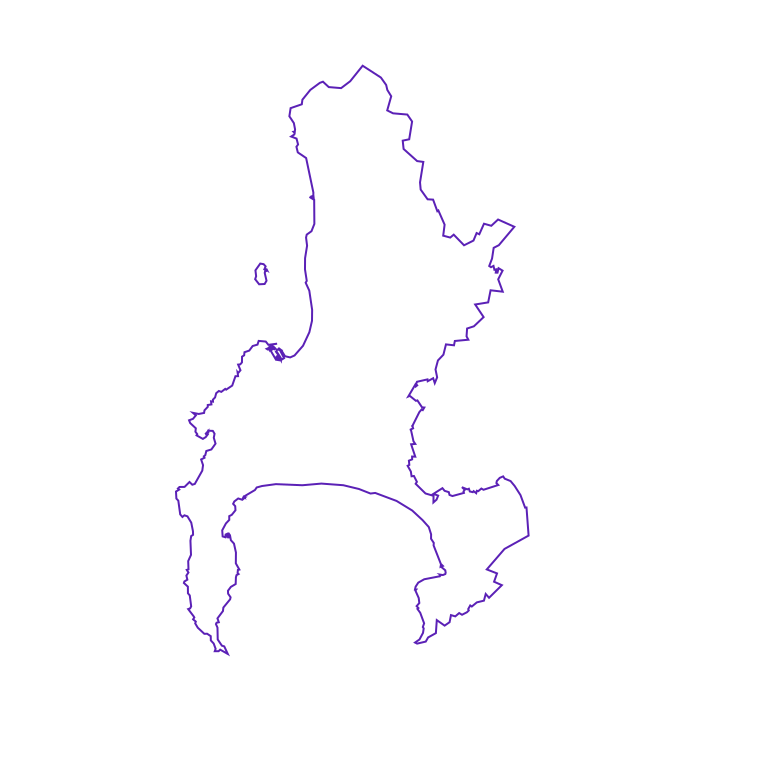 the district of City of Cape Town, Western Cape, South Africa, rotated 15°
{"feature_id": "47623444B95865124382580", "entity_name": "City of Cape Town", "entity_type": "district", "adm_level": 2, "iso_a3": "ZAF", "parent_name": "South Africa", "parent_adm1": "Western Cape", "projection": "equal_earth", "projection_center": [18.52, -33.915], "detail": "fine", "context": "isolated", "style": "outline", "palette": "violet", "viewbox_px": 768, "rotation_deg": 15, "n_neighbors": 0, "source": "geoboundaries", "source_scale": "gbopen_adm2", "svg_char_len": 6162}
<svg xmlns="http://www.w3.org/2000/svg" viewBox="0 0 768 768"><g transform="rotate(15 384 384)"><path d="M451.6,195.6L446.7,203.4L439.1,203.3L437.3,214.7L434.4,214.2L433.3,222.3L425.4,229.3L412.7,221.7L410.1,225.4L402.8,225.4L401.3,214.4L391.6,202.3L390.8,203.3L383.7,193.2L378.3,194.3L369.1,186.7L366.6,179.9L364.5,159.3L358.3,160.1L342.1,151.9L339.1,144.1L345.0,141.1L343.2,123.2L336.8,117.7L322.7,120.2L316.3,118.9L316.5,104.2L311.1,99.1L308.7,94.6L301.7,88.8L281.0,82.1L273.0,100.3L266.0,109.3L253.8,111.5L246.8,107.8L244.1,109.7L236.7,119.0L231.6,130.5L232.2,135.1L222.4,141.7L223.3,149.9L229.4,155.3L232.2,161.1L232.5,163.2L231.3,163.8L232.8,164.7L232.8,166.2L230.3,169.0L236.0,169.6L239.0,174.9L238.0,177.5L240.8,182.6L250.3,185.9L266.2,217.3L267.0,220.5L264.6,222.1L267.1,220.4L268.3,223.5L263.6,222.6L268.9,224.2L275.3,247.4L274.4,255.2L270.7,259.7L270.8,262.7L273.9,270.3L275.2,282.9L278.0,293.7L282.7,304.4L282.1,306.4L287.7,313.2L295.4,331.0L298.1,341.6L298.5,353.3L295.9,368.0L290.2,379.6L286.5,382.6L281.2,382.8L276.0,377.9L272.6,376.5L273.3,377.3L272.6,378.2L276.2,378.2L275.6,379.2L280.8,384.9L279.1,386.7L278.2,385.8L279.1,386.8L278.0,386.4L278.3,387.7L276.8,386.2L277.8,386.2L277.4,385.4L271.7,380.3L271.8,379.0L271.6,380.5L270.6,380.2L276.4,384.9L275.5,386.2L273.2,383.9L276.2,388.2L274.3,388.4L274.6,387.0L272.4,385.3L274.2,387.2L273.2,388.3L265.8,381.0L268.3,378.3L269.8,379.3L269.2,378.4L270.1,378.0L268.4,376.9L266.8,376.5L267.4,377.5L264.9,380.0L265.4,378.3L263.5,379.0L263.9,380.4L263.0,379.7L262.4,380.3L263.3,381.0L261.6,380.4L263.9,378.6L263.5,377.2L264.3,378.0L264.4,376.5L265.2,377.3L264.5,376.4L265.4,375.3L266.4,376.3L266.0,374.8L270.3,372.7L262.2,376.1L258.8,373.6L251.8,374.8L251.6,378.7L247.3,381.3L245.2,386.6L241.0,389.4L241.5,392.5L239.8,394.3L241.2,399.9L240.1,402.2L238.1,403.0L241.8,407.9L240.3,411.1L239.5,410.5L241.0,414.2L238.5,414.9L237.8,424.8L233.0,430.3L231.9,429.8L228.9,433.7L226.3,433.5L224.3,436.3L224.3,440.7L222.8,443.4L223.4,445.3L221.4,445.5L222.6,448.4L219.2,449.9L219.7,451.7L217.4,455.9L217.7,458.5L212.8,460.9L206.9,461.3L210.4,463.0L208.5,467.1L205.1,469.5L206.9,471.9L213.7,475.5L214.2,478.9L216.6,480.8L216.2,482.1L223.2,483.9L225.5,481.5L227.2,477.4L226.1,479.4L224.7,478.1L226.4,474.9L226.8,477.1L226.9,476.1L226.3,474.6L230.8,473.6L233.2,475.9L233.5,480.0L236.7,485.2L234.2,491.9L229.7,494.7L229.8,499.0L228.7,500.5L229.7,501.7L226.9,504.2L230.2,509.2L230.9,514.7L227.1,529.5L224.9,530.9L221.5,529.0L218.0,535.0L213.1,536.4L212.0,538.3L213.5,539.0L210.9,541.7L213.1,548.4L215.5,549.9L220.9,562.7L223.7,564.6L225.2,562.5L228.4,562.7L233.7,567.8L237.6,575.7L238.6,579.1L237.1,580.8L237.6,585.5L241.8,599.0L240.7,605.7L243.1,613.6L241.6,614.6L243.9,616.7L242.7,620.2L244.7,623.9L242.3,626.4L242.2,628.0L247.0,630.5L248.8,636.9L251.1,638.5L255.3,648.7L254.8,650.9L253.1,652.1L260.3,657.7L261.2,658.6L260.5,660.7L263.7,662.2L263.6,664.1L267.2,667.6L275.1,671.8L277.8,671.0L281.9,672.4L283.1,676.5L286.7,678.8L289.9,683.4L289.7,685.9L293.4,684.9L294.5,683.0L303.0,685.2L297.6,678.8L295.1,678.7L289.5,673.8L286.2,662.4L283.8,659.4L284.1,657.9L286.1,656.9L283.8,653.5L287.2,645.0L286.7,641.5L291.1,631.8L291.0,629.7L287.7,626.9L286.8,624.1L288.6,619.6L292.5,615.6L291.0,609.1L291.0,606.8L292.7,605.2L291.5,604.5L291.0,601.4L292.3,600.7L287.3,595.6L284.6,585.1L280.4,577.0L276.5,574.5L274.4,570.0L272.1,568.1L274.7,572.0L273.2,572.5L272.3,570.7L272.1,572.2L270.7,572.2L270.1,570.5L271.6,569.4L271.4,569.2L270.0,570.4L270.4,573.1L267.6,573.0L265.6,567.2L267.4,559.6L269.7,555.3L268.7,551.7L270.8,549.8L273.2,544.4L271.9,540.5L269.3,538.8L269.8,536.2L272.8,532.3L277.1,532.5L279.0,529.8L277.4,530.3L277.6,529.2L278.7,529.6L278.1,528.7L286.8,519.8L287.8,516.9L292.6,514.1L305.5,508.7L331.4,502.9L349.3,496.4L370.9,492.3L387.0,491.9L399.3,493.3L403.7,491.5L426.4,493.7L444.0,498.9L456.5,505.5L464.3,510.6L468.4,517.0L469.5,521.3L473.2,524.6L473.7,527.1L485.7,543.4L486.0,545.8L486.9,545.0L486.1,544.3L486.2,543.5L488.0,544.5L486.5,545.8L491.4,548.1L492.4,550.3L492.4,551.7L490.3,553.3L487.5,553.6L488.4,554.0L487.9,554.7L487.2,553.3L487.6,555.3L473.4,562.2L468.5,567.0L467.0,571.6L467.1,574.5L468.3,574.2L467.8,575.4L472.9,581.7L474.8,586.4L473.0,590.1L475.2,591.5L474.5,592.6L478.2,595.6L484.7,604.8L484.4,608.7L485.6,609.8L486.1,614.3L484.4,621.6L480.9,625.7L483.2,626.2L491.0,622.0L492.2,617.4L498.6,611.2L496.1,598.4L505.1,601.7L509.0,597.1L508.5,589.9L513.0,590.0L515.9,585.8L519.1,586.7L523.2,583.0L524.5,580.8L523.6,579.6L524.6,575.6L526.4,576.2L530.2,570.9L536.6,567.4L536.6,560.5L540.8,563.3L549.9,547.8L541.5,546.5L542.2,537.7L531.3,536.5L543.1,512.1L562.9,493.0L553.6,466.4L552.3,466.9L544.6,456.0L536.6,448.7L531.4,445.0L525.1,444.2L523.0,442.4L520.1,444.7L518.1,448.5L518.2,450.6L520.5,452.0L507.5,460.4L505.1,459.8L502.8,463.1L501.3,463.1L501.3,465.6L498.3,464.3L497.8,465.5L494.7,465.6L493.1,463.2L491.7,464.2L486.0,463.5L489.4,465.3L488.6,467.2L489.4,468.5L479.1,474.5L476.0,474.2L474.6,471.7L470.2,471.5L467.4,469.5L460.2,477.3L465.2,477.8L464.7,482.1L462.4,485.6L460.8,479.2L452.4,479.0L440.4,472.2L441.1,470.0L436.7,465.1L434.5,466.0L432.6,461.6L428.0,456.9L429.4,455.6L427.9,451.6L430.7,449.5L429.9,446.8L433.0,446.1L425.8,435.2L429.7,433.8L427.3,431.7L421.9,421.3L420.9,421.6L423.6,419.3L422.4,417.4L423.5,417.1L422.3,417.1L425.4,402.0L426.9,398.9L428.2,399.2L429.0,396.3L426.8,396.7L420.5,391.2L419.2,392.0L412.0,388.8L410.7,389.8L414.3,376.8L415.3,378.2L416.4,376.7L415.0,375.7L415.3,373.3L424.8,368.3L425.5,370.0L430.0,365.7L432.8,370.0L433.6,363.8L430.0,356.6L430.0,347.3L433.8,340.3L433.6,329.7L441.6,328.5L441.3,324.1L454.0,319.4L451.4,316.6L449.9,308.9L455.9,305.0L462.9,293.6L451.5,283.6L463.5,278.2L462.7,265.9L474.8,264.1L467.2,253.3L469.2,243.8L464.7,242.5L464.8,247.1L463.1,247.5L462.7,244.2L461.1,245.1L459.2,241.6L457.1,243.5L455.1,242.8L455.9,234.9L454.7,224.1L459.0,220.2L469.2,198.4L451.6,195.6ZM236.7,299.4L233.3,299.7L230.4,307.5L232.6,313.0L232.4,316.1L237.6,320.0L242.8,318.3L243.8,314.7L240.0,307.5L240.2,305.7L241.5,305.2L239.9,305.4L239.8,303.9L241.7,304.5L240.9,303.6L238.8,304.0L239.2,301.0L236.7,299.4Z" fill="none" stroke="#5b21b6" stroke-width="2"/></g></svg>